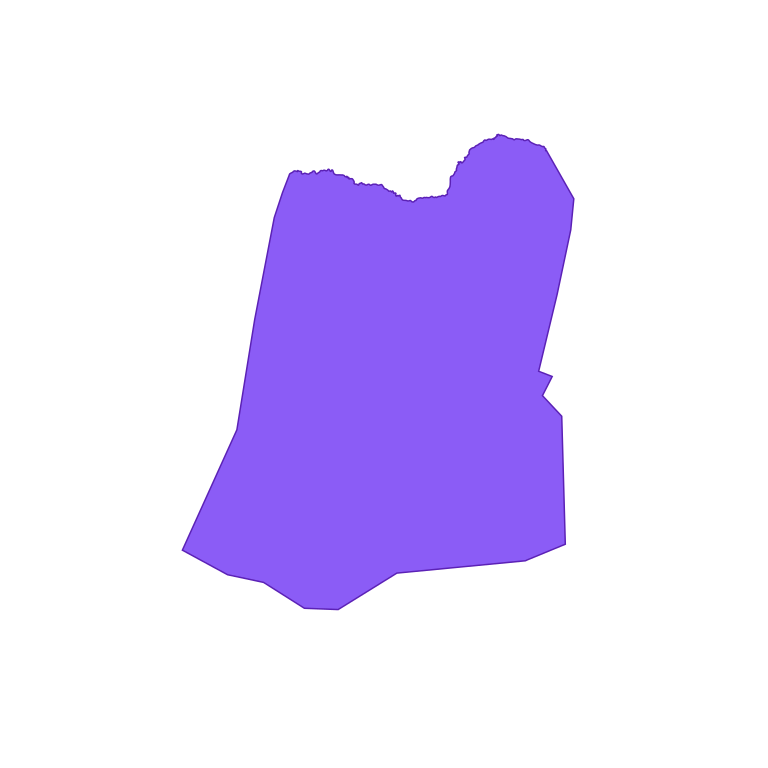 Jargalant, Orhon, Mongolia (Mercator projection), rotated 150°
{"feature_id": "93677404B3758114221104", "entity_name": "Jargalant", "entity_type": "district", "adm_level": 2, "iso_a3": "MNG", "parent_name": "Mongolia", "parent_adm1": "Orhon", "projection": "mercator", "projection_center": [104.283, 49.034], "detail": "fine", "context": "isolated", "style": "filled", "palette": "violet", "viewbox_px": 768, "rotation_deg": 150, "n_neighbors": 0, "source": "geoboundaries", "source_scale": "gbopen_adm2", "svg_char_len": 6147}
<svg xmlns="http://www.w3.org/2000/svg" viewBox="0 0 768 768"><g transform="rotate(150 384 384)"><path d="M536.5,211.6L467.4,213.8L417.4,191.0L349.9,160.2L347.6,160.0L307.1,154.6L246.2,267.2L252.6,294.7L236.1,305.4L234.6,306.4L243.7,317.7L189.3,375.0L145.2,424.1L127.0,449.5L126.6,504.7L126.8,504.7L127.1,504.9L127.3,505.3L127.1,505.6L126.8,506.0L126.5,506.3L126.3,506.8L126.4,507.2L126.7,507.6L126.8,508.1L126.9,508.6L126.7,509.3L126.9,509.8L127.5,510.2L128.2,510.5L128.9,511.5L129.2,512.2L130.0,513.3L130.8,513.8L131.6,514.1L132.2,514.7L133.0,515.5L134.0,516.9L134.9,518.2L135.8,519.5L136.5,521.1L136.6,521.9L136.8,522.9L137.1,523.5L137.8,523.9L138.8,524.0L139.9,524.2L140.9,524.8L141.2,525.2L141.2,525.7L141.3,526.2L141.7,526.5L142.2,526.7L142.9,527.0L144.2,528.3L145.6,529.3L147.0,530.3L147.6,530.4L148.2,530.4L148.7,530.3L149.2,530.4L149.6,530.9L149.8,531.3L149.9,531.8L150.2,532.2L150.9,532.7L151.9,533.6L152.3,533.8L152.9,534.3L153.5,534.7L153.7,535.2L154.1,535.9L154.4,536.6L154.6,537.2L155.1,537.8L155.5,538.4L155.8,538.8L156.4,539.3L156.9,539.7L157.3,540.1L157.7,540.8L158.2,541.1L158.6,541.1L159.2,541.1L159.5,541.3L159.7,541.9L159.7,542.3L159.9,542.8L160.1,542.9L160.8,543.1L161.3,543.3L161.6,543.3L161.8,543.1L161.7,542.5L161.8,542.2L162.4,542.2L163.0,542.3L163.4,542.2L163.9,541.6L164.5,541.6L165.0,541.7L165.4,541.9L165.8,541.9L166.0,541.7L166.1,541.2L166.3,541.0L166.6,541.0L166.9,541.3L167.2,541.9L167.6,542.0L168.1,542.0L168.9,542.2L170.1,543.2L170.7,543.5L171.1,543.7L171.7,543.8L172.7,543.8L173.5,543.8L174.1,544.2L174.4,544.7L174.7,544.9L175.1,544.9L175.8,544.8L177.3,544.0L177.9,544.0L179.9,544.3L182.0,544.3L182.9,544.1L183.7,544.1L185.1,544.3L185.6,544.3L186.2,544.1L186.7,543.9L187.3,543.8L187.9,543.8L188.8,544.1L189.6,544.3L190.7,544.3L191.4,544.2L192.2,544.0L192.8,543.9L193.8,542.9L194.3,542.5L194.8,541.8L195.0,541.0L195.6,540.6L196.4,540.4L197.3,540.1L198.2,539.6L198.9,539.1L199.5,539.2L199.8,539.4L200.3,539.8L200.6,539.7L201.0,539.7L201.2,538.7L201.4,538.1L202.0,537.6L203.3,537.2L204.9,536.6L205.3,536.5L205.9,536.5L206.3,536.9L206.2,537.7L206.5,538.2L206.9,538.3L207.2,537.9L207.5,537.9L207.8,538.1L207.9,538.6L208.2,539.0L208.7,539.1L209.0,539.0L209.1,538.6L209.0,537.7L209.1,537.1L209.4,536.8L210.0,536.7L210.8,536.9L211.4,536.5L212.9,534.8L213.5,534.3L214.0,533.9L214.1,533.2L214.4,532.7L214.9,532.5L215.9,532.3L216.7,532.1L217.5,531.2L219.0,530.4L220.2,529.9L220.8,530.0L221.3,530.2L222.2,530.2L222.6,530.1L223.4,529.3L224.2,528.2L225.5,525.9L227.1,523.4L228.3,521.9L229.9,520.8L231.5,520.2L232.7,519.5L233.3,518.4L233.6,517.6L234.1,516.8L234.4,516.5L234.7,516.5L235.1,516.7L235.7,516.8L236.5,516.4L237.2,516.4L237.9,517.0L238.7,517.8L239.4,518.2L241.4,518.2L242.0,518.7L242.6,519.0L243.4,519.2L244.8,519.2L245.2,519.3L245.6,519.5L245.7,520.0L246.1,520.3L247.1,520.3L247.4,520.5L247.8,520.9L248.1,521.4L248.4,522.2L248.8,522.6L249.4,522.8L249.9,522.7L250.5,522.6L251.7,522.8L252.6,523.3L253.3,523.8L254.0,524.4L254.8,524.6L255.4,525.1L256.0,525.5L257.5,525.6L258.1,525.8L258.5,526.3L259.1,526.9L260.4,527.4L261.5,527.8L262.4,527.8L263.1,527.8L263.7,527.5L264.3,527.1L264.7,527.0L265.1,527.2L265.7,527.3L266.7,527.0L267.2,526.9L267.6,527.0L268.0,527.2L268.4,527.5L268.8,528.0L269.0,528.7L269.2,529.5L269.7,529.9L270.6,530.1L271.1,530.2L271.6,530.5L272.2,530.9L272.7,531.6L273.6,532.3L274.9,533.1L275.7,533.8L276.1,534.6L276.1,535.5L276.0,536.3L276.1,537.0L276.3,537.5L276.3,538.2L276.0,538.8L275.9,539.4L276.3,539.7L276.8,539.8L277.3,539.7L277.8,539.8L278.0,540.4L278.4,540.6L278.8,540.5L279.3,540.5L279.6,540.9L279.6,541.3L279.4,541.7L279.3,542.2L278.9,542.5L278.6,542.7L278.4,543.0L278.4,543.3L278.7,543.8L279.3,544.0L279.9,544.2L280.2,544.4L280.2,544.8L279.9,545.2L279.9,545.9L279.9,546.4L280.0,546.8L280.3,546.9L280.7,546.7L281.0,546.5L281.4,546.6L281.6,547.2L281.9,547.9L282.3,548.1L282.7,548.3L283.3,548.4L283.5,548.7L283.7,549.7L283.9,550.3L284.3,551.0L284.9,552.1L285.5,552.6L286.0,553.3L285.9,554.7L286.1,556.2L286.2,557.5L286.5,558.0L287.1,558.3L289.0,558.7L289.8,559.2L290.6,560.3L290.9,560.9L292.7,562.0L293.6,562.5L294.7,562.6L295.8,562.6L296.4,562.9L296.9,564.2L297.3,564.6L297.9,564.9L299.6,565.0L300.0,565.2L300.7,565.8L301.1,566.9L301.3,567.2L301.6,567.5L302.2,567.6L302.5,568.0L302.6,568.4L302.6,569.0L302.7,569.4L302.9,569.6L303.5,569.6L304.2,569.6L304.5,569.7L305.0,569.9L305.4,569.8L305.8,569.5L306.3,569.1L306.8,569.1L307.1,569.5L307.4,570.1L307.6,570.5L307.9,570.8L308.6,571.2L309.1,571.6L309.5,572.1L309.6,572.4L309.6,572.9L309.0,573.5L308.7,574.2L308.6,575.5L308.7,576.8L308.9,577.6L309.2,577.9L309.9,578.3L310.4,578.6L310.9,578.8L311.6,579.0L311.8,579.4L311.7,579.7L311.3,580.1L311.3,580.5L311.5,580.8L312.1,580.8L312.5,580.9L312.7,581.3L312.5,581.6L312.2,582.0L312.3,582.3L312.6,582.5L313.1,582.5L313.8,582.8L314.1,583.2L314.2,583.6L314.2,584.3L314.6,584.9L315.3,585.7L316.5,586.4L318.0,587.4L319.7,588.3L320.9,589.1L321.6,590.0L322.0,590.6L322.1,591.3L322.1,592.1L321.9,592.9L321.6,594.6L321.7,595.1L322.1,595.4L322.4,595.4L322.7,595.2L323.4,594.7L323.7,594.7L324.0,594.9L324.2,595.4L324.2,596.6L324.3,597.3L324.6,597.7L325.3,597.8L325.9,597.4L326.5,597.3L327.1,597.3L327.7,597.7L328.2,598.4L328.8,599.0L329.6,599.3L330.3,599.3L330.9,599.6L331.3,600.0L331.7,600.3L332.2,600.4L332.9,600.3L333.3,600.0L333.9,599.7L334.4,599.8L334.8,599.8L335.2,599.8L335.8,599.7L336.5,599.5L337.1,599.5L337.6,599.9L337.7,600.5L337.6,601.1L337.7,602.7L337.9,603.3L338.5,603.7L339.1,603.8L339.7,603.8L340.3,603.4L341.1,603.4L341.6,603.5L342.4,603.7L343.0,603.6L343.8,603.4L344.3,603.4L345.1,604.0L346.0,604.8L346.5,605.5L347.1,606.1L347.5,606.3L348.1,606.3L348.7,606.4L349.5,606.6L350.0,607.1L350.2,607.7L350.1,608.2L349.5,608.7L349.4,609.1L349.6,609.6L350.0,610.0L351.2,610.7L351.5,611.2L351.7,611.6L351.9,611.9L352.2,611.9L352.6,611.4L352.8,611.3L353.1,611.5L353.5,612.1L354.0,612.6L354.6,613.0L355.1,613.4L355.6,613.4L356.2,613.4L357.0,613.1L357.5,613.1L358.2,613.1L359.0,613.2L359.7,613.2L360.6,613.1L361.2,612.7L362.1,611.9L376.2,600.5L395.8,583.0L463.9,504.3L534.3,417.9L641.7,340.9L614.8,297.0L587.5,272.4L565.1,229.6L536.5,211.6Z" fill="#8b5cf6" stroke="#5b21b6" stroke-width="1.5"/></g></svg>